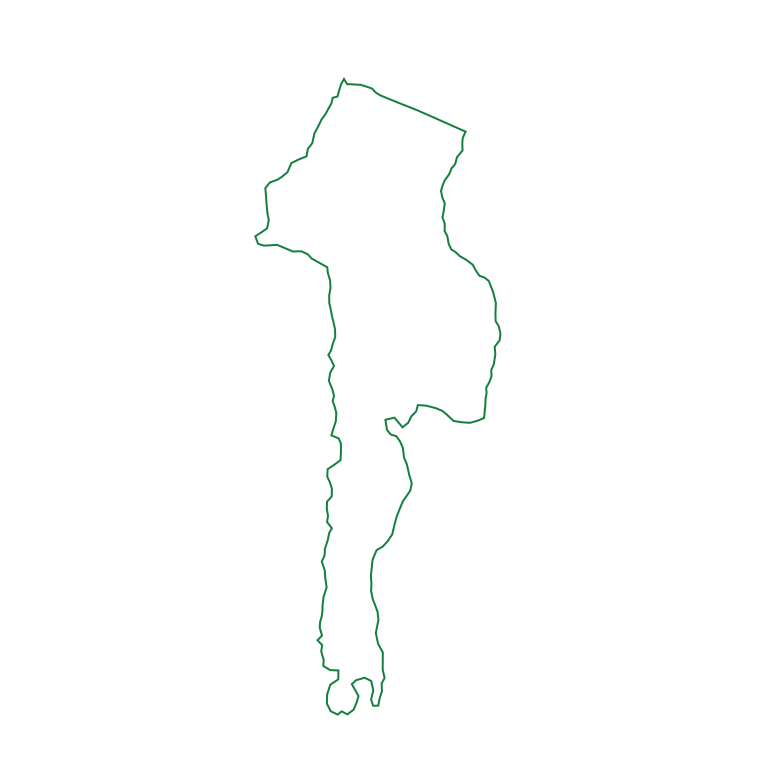 outline of Osvaldo Cruz, São Paulo, Brazil, rotated 160°
{"feature_id": "56859067B7933036647015", "entity_name": "Osvaldo Cruz", "entity_type": "district", "adm_level": 2, "iso_a3": "BRA", "parent_name": "Brazil", "parent_adm1": "São Paulo", "projection": "orthographic", "projection_center": [-50.856, -21.706], "detail": "fine", "context": "isolated", "style": "outline", "palette": "green", "viewbox_px": 768, "rotation_deg": 160, "n_neighbors": 0, "source": "geoboundaries", "source_scale": "gbopen_adm2", "svg_char_len": 2913}
<svg xmlns="http://www.w3.org/2000/svg" viewBox="0 0 768 768"><g transform="rotate(160 384 384)"><path d="M482.9,116.1L476.9,132.2L478.4,141.9L476.9,152.7L469.9,164.3L468.0,172.0L468.0,180.1L468.2,185.4L466.9,194.0L464.0,200.9L462.1,207.9L459.5,213.2L454.9,222.7L447.8,230.4L441.0,231.6L434.7,234.8L427.7,239.9L422.7,247.6L417.4,255.1L412.1,261.1L406.3,267.4L401.4,270.8L395.8,274.8L391.8,281.2L391.5,288.9L390.8,294.3L390.0,301.0L390.3,308.3L388.1,317.6L388.6,324.8L390.3,330.8L394.9,334.1L396.9,339.8L394.9,349.9L385.7,348.8L381.4,337.0L374.5,339.3L369.2,344.4L363.1,347.3L359.4,352.6L351.9,349.3L343.6,343.6L338.3,338.7L335.6,334.1L331.3,325.5L323.7,321.3L316.4,318.1L308.4,317.5L301.6,317.8L298.1,325.2L295.7,330.2L293.6,335.4L290.7,340.4L289.3,345.4L283.9,350.2L280.3,354.6L278.4,360.5L273.9,365.2L269.3,373.7L267.2,381.2L260.5,385.4L257.4,391.4L256.4,398.7L257.6,405.0L254.9,412.8L251.2,421.8L250.0,433.3L250.3,445.0L253.2,449.7L257.3,453.1L259.0,459.7L259.8,465.7L264.3,472.6L269.1,478.3L271.6,483.4L274.7,487.5L275.3,493.5L273.9,501.5L274.7,507.0L272.1,513.9L272.1,520.5L268.9,525.9L265.1,533.0L265.4,539.4L264.4,546.0L260.6,551.1L257.0,554.8L251.3,558.6L246.8,563.5L241.7,566.5L238.0,572.0L230.3,576.6L228.2,583.2L225.8,588.4L221.0,593.2L258.6,629.4L273.7,642.8L288.9,656.6L292.1,660.8L294.2,665.7L299.2,669.8L303.6,673.1L309.6,675.7L316.1,678.4L317.3,684.3L321.9,680.3L326.2,674.6L329.4,670.0L334.3,670.5L337.5,665.6L342.1,661.7L346.7,657.6L352.5,653.7L358.1,648.2L363.7,643.3L368.9,635.0L375.1,631.0L379.0,624.4L388.1,624.1L395.5,623.3L402.2,616.1L409.2,613.6L414.2,612.4L422.4,612.4L428.5,608.7L430.7,600.6L433.0,592.6L435.2,584.0L436.2,577.4L440.6,570.3L447.1,568.5L454.4,566.8L454.4,558.8L449.5,555.1L443.0,553.1L436.8,551.3L430.7,545.6L424.3,539.7L416.3,537.0L411.2,531.9L409.1,526.7L403.0,519.6L397.4,513.2L398.8,507.5L399.2,499.8L401.4,492.6L405.3,485.8L407.8,478.5L408.5,472.8L409.6,466.0L410.4,458.8L411.4,451.7L413.9,444.6L418.5,439.1L422.4,433.6L426.4,430.2L425.3,424.1L424.8,418.1L430.7,413.0L434.7,405.8L434.4,396.0L435.0,390.1L438.1,385.5L438.1,379.7L438.7,373.1L442.2,365.2L446.6,359.7L451.0,353.7L445.3,348.5L444.8,343.1L447.4,335.6L450.9,327.3L458.1,325.2L466.1,323.2L469.0,316.4L468.5,310.4L468.8,303.2L471.7,296.1L477.8,292.9L480.3,286.6L481.8,279.1L484.7,273.7L482.3,266.3L486.4,262.8L490.1,256.8L495.9,249.3L498.6,243.0L503.2,238.5L503.4,229.3L505.6,221.5L507.4,212.7L513.6,204.6L517.5,196.9L519.4,192.0L522.0,186.9L525.2,182.6L527.7,177.2L528.3,168.8L534.1,166.0L531.4,159.7L534.4,154.3L535.1,145.0L537.5,139.9L532.5,133.6L524.8,130.4L528.0,122.1L537.3,119.8L543.4,112.1L547.0,103.2L546.0,94.7L540.5,89.2L535.8,90.9L531.4,86.1L524.0,88.3L518.7,94.0L514.7,99.5L515.7,105.8L516.9,113.0L511.7,115.2L502.7,114.6L497.6,109.3L498.9,99.5L504.0,92.1L504.3,85.4L499.4,83.7L495.7,90.0L491.0,96.0L488.6,103.5L484.0,107.5L482.9,116.1Z" fill="none" stroke="#15803d" stroke-width="2"/></g></svg>